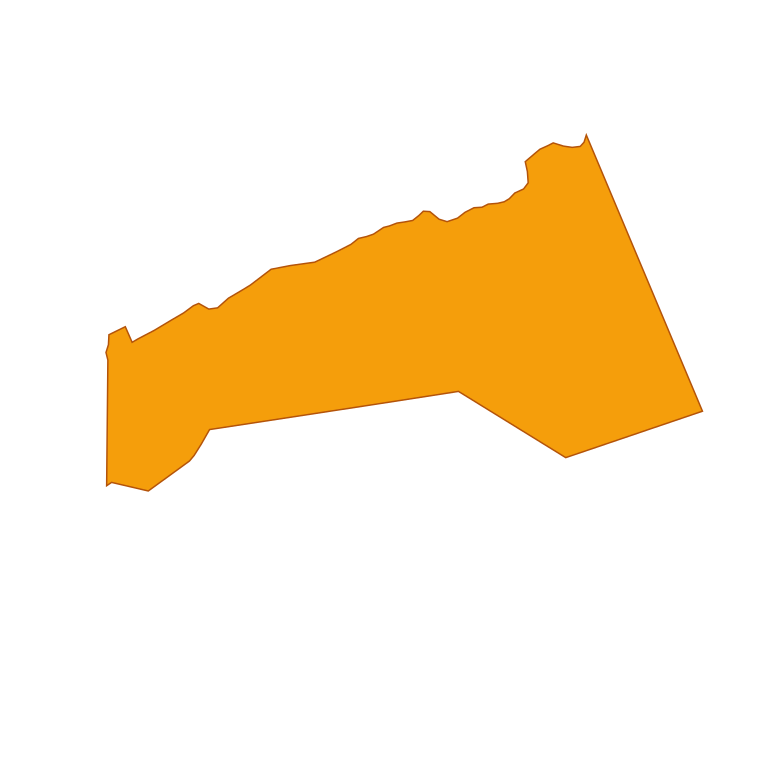 outline of Fernando Pedroza, Rio Grande do Norte, Brazil, rotated 333°
{"feature_id": "56859067B72055412128450", "entity_name": "Fernando Pedroza", "entity_type": "district", "adm_level": 2, "iso_a3": "BRA", "parent_name": "Brazil", "parent_adm1": "Rio Grande do Norte", "projection": "albers", "projection_center": [-36.408, -5.775], "detail": "fine", "context": "isolated", "style": "filled", "palette": "amber", "viewbox_px": 768, "rotation_deg": 333, "n_neighbors": 0, "source": "geoboundaries", "source_scale": "gbopen_adm2", "svg_char_len": 996}
<svg xmlns="http://www.w3.org/2000/svg" viewBox="0 0 768 768"><g transform="rotate(333 384 384)"><path d="M90.7,348.7L96.6,348.0L125.4,372.3L175.7,364.3L182.3,361.5L193.9,354.6L207.9,345.4L359.7,395.7L447.0,424.4L512.5,532.1L655.4,552.8L677.3,254.0L672.0,259.4L666.7,261.4L659.1,258.6L651.9,253.5L644.2,246.0L637.8,246.0L629.5,245.6L623.8,246.9L610.8,250.0L608.2,259.8L603.8,270.2L596.9,273.6L587.3,273.2L579.7,275.8L573.8,276.2L567.3,274.6L558.5,271.0L551.6,271.0L544.2,267.8L534.1,267.8L524.8,269.6L513.9,268.0L507.9,262.2L503.1,251.2L497.5,247.9L491.6,249.7L483.8,251.3L476.0,249.0L468.6,246.5L460.4,245.6L454.7,244.3L442.6,245.7L435.4,244.7L427.3,242.7L417.9,244.6L401.3,244.6L377.6,244.0L354.2,235.9L335.5,230.5L309.8,235.2L300.6,235.9L284.4,236.9L270.3,240.6L261.9,237.7L255.5,228.1L249.7,227.7L237.8,229.7L224.0,230.5L203.8,231.9L185.7,232.1L178.5,232.5L179.5,215.5L161.3,215.2L156.3,223.9L150.6,229.7L148.8,237.4L90.7,348.7Z" fill="#f59e0b" stroke="#b45309" stroke-width="1.5"/></g></svg>